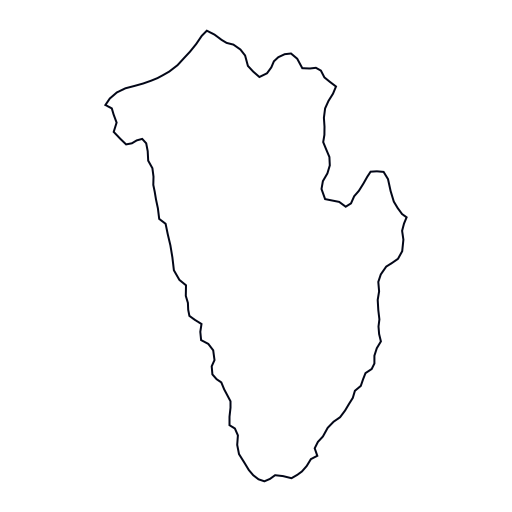 the district of Sobrália, Minas Gerais, Brazil
{"feature_id": "56859067B26696548146708", "entity_name": "Sobrália", "entity_type": "district", "adm_level": 2, "iso_a3": "BRA", "parent_name": "Brazil", "parent_adm1": "Minas Gerais", "projection": "robinson", "projection_center": [-42.144, -19.225], "detail": "fine", "context": "isolated", "style": "outline", "palette": "ink", "viewbox_px": 512, "rotation_deg": 0, "n_neighbors": 0, "source": "geoboundaries", "source_scale": "gbopen_adm2", "svg_char_len": 2116}
<svg xmlns="http://www.w3.org/2000/svg" viewBox="0 0 512 512"><path d="M327.4,173.4L329.8,165.4L329.4,157.0L326.4,149.9L323.2,142.1L324.4,134.9L324.5,126.7L323.9,117.8L325.1,108.4L328.5,100.9L333.0,93.7L336.0,86.5L329.8,81.8L324.4,77.4L320.9,70.6L315.9,67.8L309.9,68.5L302.3,68.2L297.2,58.7L291.0,53.5L284.7,54.2L278.3,57.2L273.9,61.3L271.3,67.4L267.0,73.3L259.4,77.0L253.2,71.6L247.9,65.9L245.1,55.5L240.4,49.5L233.4,44.6L226.6,42.9L221.6,39.9L214.5,34.6L206.8,30.7L201.7,35.9L196.2,44.0L189.9,51.8L184.1,58.0L177.5,65.2L169.2,71.6L162.7,75.3L157.5,78.1L151.1,80.7L143.2,83.5L134.6,85.9L125.4,88.3L116.9,92.4L109.8,98.5L105.4,105.0L111.8,108.4L113.6,114.5L116.6,122.6L113.7,131.9L120.4,138.9L126.1,144.4L131.9,143.3L136.7,140.4L142.2,138.9L146.2,143.3L147.7,151.2L148.2,160.7L152.4,168.2L153.5,176.7L153.3,184.9L154.7,191.7L156.0,199.5L157.9,208.4L159.2,218.9L165.6,223.8L167.7,234.0L170.4,245.4L172.4,257.5L173.9,270.3L179.4,279.9L186.0,285.3L185.8,295.9L187.9,302.9L188.2,309.8L189.4,315.9L194.9,319.9L201.5,324.0L200.3,331.8L201.1,340.1L208.3,343.9L213.2,350.3L214.5,360.1L211.7,366.3L212.4,374.4L216.6,379.2L221.3,382.4L224.2,389.4L227.5,395.6L230.5,401.3L230.5,407.8L229.5,416.7L229.5,425.2L234.9,428.5L237.9,435.4L237.2,444.9L239.0,454.1L244.7,463.2L248.8,470.0L253.2,475.2L258.5,479.3L264.4,481.3L270.0,478.9L275.1,475.2L283.0,476.1L291.5,478.2L297.2,474.9L301.9,471.5L306.7,466.0L310.9,459.1L317.3,455.8L314.7,448.3L317.9,441.9L322.9,436.5L327.7,427.8L333.6,421.7L340.1,417.2L345.1,410.5L348.9,404.1L352.8,397.9L354.9,390.8L360.8,385.9L363.1,379.2L365.5,373.1L371.7,369.0L374.4,363.5L374.4,355.7L376.8,348.2L380.9,341.4L379.1,334.0L378.5,326.5L379.4,319.4L378.3,310.1L377.7,299.9L379.1,291.4L378.3,281.9L380.8,274.4L386.2,266.6L392.1,262.9L398.0,258.8L402.2,251.2L403.4,239.7L402.1,230.8L404.0,223.6L406.6,217.3L402.1,214.1L397.7,208.1L393.8,201.6L390.6,191.0L388.0,179.1L383.6,171.9L376.8,171.3L370.6,171.7L367.3,176.7L363.4,183.6L358.9,190.8L354.2,196.2L351.0,203.4L345.7,206.7L339.2,201.9L330.6,200.2L325.1,199.1L321.5,189.0L322.9,181.1L327.4,173.4Z" fill="none" stroke="#020617" stroke-width="2"/></svg>